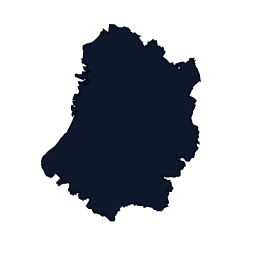 the district of Kota Semarang, Jawa Tengah, Indonesia, rotated 292°
{"feature_id": "22746128B5783483209745", "entity_name": "Kota Semarang", "entity_type": "district", "adm_level": 2, "iso_a3": "IDN", "parent_name": "Indonesia", "parent_adm1": "Jawa Tengah", "projection": "mercator", "projection_center": [110.384, -7.023], "detail": "fine", "context": "isolated", "style": "filled", "palette": "ink", "viewbox_px": 256, "rotation_deg": 292, "n_neighbors": 0, "source": "geoboundaries", "source_scale": "gbopen_adm2", "svg_char_len": 5818}
<svg xmlns="http://www.w3.org/2000/svg" viewBox="0 0 256 256"><g transform="rotate(292 128 128)"><path d="M187.4,55.9L184.5,56.9L182.1,59.0L181.4,58.8L175.5,60.8L174.6,59.5L173.5,60.7L171.6,61.2L171.4,61.8L171.8,62.4L170.4,67.5L169.6,67.0L168.7,67.3L167.9,64.2L167.3,65.0L166.0,65.5L165.4,68.2L164.7,68.0L166.8,69.9L167.0,70.5L166.4,71.6L164.5,69.2L164.1,69.8L163.9,69.6L164.1,68.8L162.9,65.1L160.2,66.1L159.5,64.0L158.7,64.2L158.4,59.7L157.6,59.4L157.0,60.1L156.4,60.1L156.3,67.9L159.2,70.9L158.5,72.0L155.1,70.1L153.7,68.7L153.4,68.7L153.3,69.9L154.5,71.5L155.5,72.2L155.9,71.8L155.7,72.4L157.8,73.5L156.9,75.0L155.2,74.0L154.8,74.6L154.5,74.4L154.9,73.7L154.5,72.5L153.8,72.3L153.7,73.1L153.0,71.4L152.6,72.0L152.6,66.0L152.2,65.0L151.0,65.7L150.9,67.3L148.2,67.5L147.8,67.4L147.5,66.6L145.8,68.0L145.7,68.7L144.0,69.4L144.0,70.0L143.7,70.1L141.2,69.5L140.1,70.2L139.4,66.3L134.0,66.5L135.0,68.8L134.7,69.6L133.7,70.0L132.1,67.2L129.3,69.4L130.5,71.1L127.5,71.8L127.1,71.6L126.5,69.4L127.0,68.8L127.9,68.7L127.3,67.6L123.8,69.0L123.8,70.7L119.8,71.1L118.7,71.9L124.7,74.0L114.3,74.4L100.3,73.5L98.9,72.0L95.9,71.3L92.8,69.9L90.1,69.5L83.4,67.5L76.2,63.1L73.0,62.1L70.4,60.6L68.5,60.2L64.4,60.6L63.6,61.6L62.3,61.6L61.1,62.2L60.6,63.0L59.2,63.4L57.7,65.9L55.1,68.2L53.3,70.7L54.4,71.7L53.5,72.8L53.8,73.0L53.4,74.8L54.8,75.3L54.5,75.9L59.6,77.6L56.4,85.0L50.5,82.6L49.9,84.1L50.4,84.4L50.1,85.2L49.1,85.0L48.8,85.4L51.6,87.3L52.9,89.0L53.5,90.8L54.6,91.9L55.1,93.2L54.7,95.6L53.8,95.8L53.2,95.4L51.9,96.2L49.2,96.4L49.1,96.0L48.2,96.3L47.6,97.2L48.0,98.4L47.7,99.2L46.1,99.0L45.6,100.0L46.9,100.3L47.2,101.5L46.0,101.2L45.5,102.3L46.8,102.6L47.1,104.1L47.9,103.3L49.1,105.0L49.6,104.4L50.1,107.5L49.1,108.1L48.4,107.4L47.1,107.4L45.9,108.7L44.9,109.0L44.6,110.7L45.0,112.1L44.3,113.3L46.4,113.9L46.1,115.2L48.3,116.3L48.7,117.7L47.8,118.8L47.7,119.9L41.1,119.1L40.7,119.6L40.2,119.0L39.2,121.0L39.0,121.9L40.1,125.1L39.7,125.7L38.5,126.0L37.0,128.0L37.8,129.1L37.0,129.2L38.1,130.7L37.5,131.5L37.6,132.1L38.2,132.2L37.8,132.9L38.3,135.0L37.5,135.1L37.7,135.7L37.3,136.0L37.9,136.5L39.1,136.4L39.4,137.3L39.0,137.7L37.6,137.3L37.1,137.6L38.2,138.7L38.2,139.3L37.5,142.3L35.6,146.5L36.9,149.8L39.2,149.4L39.9,148.2L45.0,149.3L46.6,148.7L48.6,150.9L50.2,149.6L52.6,150.9L54.1,150.8L55.4,152.1L55.2,152.7L54.7,152.2L54.0,152.6L53.5,153.7L55.0,154.4L55.1,155.3L56.0,156.5L57.2,156.6L57.6,158.2L58.7,158.4L59.4,160.0L60.4,160.8L59.1,163.1L60.9,163.7L60.3,165.2L60.4,167.0L61.3,167.1L61.0,168.4L61.4,169.7L62.1,170.4L62.3,172.2L61.0,172.2L60.6,172.8L61.9,173.8L63.2,175.6L63.1,176.2L63.6,176.7L63.3,177.5L63.8,180.4L62.7,182.5L62.9,185.5L62.4,186.3L63.7,187.9L63.4,188.4L63.8,189.7L64.7,189.9L65.7,190.8L67.7,190.9L70.2,193.6L70.2,193.2L73.2,192.2L73.3,193.9L73.5,193.2L74.3,193.1L78.5,189.8L82.3,190.3L82.6,189.6L83.8,189.3L84.0,188.2L85.0,187.9L85.3,188.5L85.0,190.5L85.5,191.6L86.1,191.9L87.4,191.5L88.8,192.0L90.1,190.0L93.3,188.2L93.3,187.2L94.9,186.3L93.6,184.3L94.3,182.6L93.2,181.2L93.5,180.5L94.1,180.8L93.9,179.2L95.3,179.3L95.8,178.9L95.9,177.0L97.2,179.6L96.9,181.0L97.6,183.1L99.7,186.8L99.5,187.8L100.3,189.9L101.4,190.3L102.4,193.1L103.7,193.8L104.4,193.3L105.3,193.4L105.5,192.9L106.7,192.3L108.6,192.1L109.5,192.3L110.5,193.7L112.3,194.1L113.0,193.6L113.4,193.8L114.6,195.5L114.1,194.5L114.4,194.0L115.8,194.4L117.4,192.4L117.2,191.0L116.8,190.8L117.1,189.2L116.6,189.0L117.4,187.4L116.9,187.0L117.3,186.0L118.4,185.8L119.5,184.2L119.2,187.1L119.4,186.9L120.1,187.6L120.7,187.4L120.6,188.5L122.0,189.7L121.5,189.6L121.0,192.1L120.2,193.2L120.1,194.1L119.5,194.4L120.3,196.9L122.3,197.3L123.7,197.0L125.6,199.7L126.5,199.2L128.3,199.3L128.9,198.5L129.5,198.8L129.9,198.0L130.2,198.6L131.1,198.5L131.2,199.1L133.1,199.4L134.1,198.8L134.7,199.3L134.3,200.0L135.8,200.1L135.6,199.3L139.2,196.3L140.0,196.2L140.4,196.5L139.9,197.8L140.3,198.4L140.3,199.5L141.3,198.7L140.9,198.0L141.6,197.5L141.6,196.6L142.4,196.8L144.2,195.8L145.7,196.6L148.1,195.1L150.6,195.2L151.3,194.0L153.0,192.6L154.6,192.3L155.1,191.1L155.1,187.2L155.5,186.2L160.8,182.1L165.2,182.1L168.2,181.2L170.0,181.7L172.6,181.7L173.4,181.0L174.1,181.5L174.9,180.3L175.8,180.0L178.6,180.8L180.0,177.8L180.4,171.9L184.2,172.4L186.4,172.2L188.7,172.9L189.1,172.1L191.0,172.4L197.8,175.6L198.6,176.3L198.6,177.1L204.2,173.9L206.3,171.9L206.6,170.9L207.7,170.7L209.1,169.1L209.3,168.3L211.6,165.8L212.5,166.0L213.2,164.6L212.6,163.6L213.3,163.9L214.0,163.2L213.8,164.2L214.9,164.5L214.4,163.8L214.5,162.8L215.7,163.0L216.1,162.4L216.8,162.8L216.8,162.2L216.1,161.7L215.7,159.7L212.7,159.7L211.6,158.5L209.5,157.4L209.1,156.6L209.5,154.7L209.1,153.4L205.7,149.3L204.8,153.2L203.2,154.4L201.7,154.4L201.3,155.1L201.1,154.6L201.5,153.7L201.2,151.9L202.8,151.4L202.8,150.2L204.3,150.5L203.8,151.4L204.2,151.9L204.6,151.9L205.2,151.0L204.7,148.9L202.8,148.0L203.4,146.6L202.5,146.3L203.6,145.7L202.3,145.5L201.4,144.7L202.1,144.2L204.3,144.3L202.9,142.9L205.3,138.0L206.4,134.1L206.3,132.7L211.5,133.7L211.8,133.1L212.6,133.3L212.9,131.5L214.6,131.2L215.0,130.3L215.5,130.3L215.5,130.0L215.0,130.1L214.4,129.3L215.3,126.4L214.5,126.2L215.8,122.8L216.8,123.2L219.1,121.5L218.4,121.2L218.8,120.5L218.4,119.7L219.2,118.3L215.0,115.9L215.2,114.8L214.7,114.6L214.0,115.4L212.9,115.2L211.4,114.7L211.3,114.0L210.8,113.7L209.7,114.0L208.6,113.3L209.8,112.0L211.0,109.6L211.9,109.7L211.9,109.2L212.6,109.0L213.8,106.0L214.6,105.6L214.9,104.4L215.8,103.7L217.1,103.7L217.5,104.2L217.4,101.4L218.5,98.7L217.2,98.0L217.8,93.5L219.1,93.3L220.4,90.9L220.0,86.5L218.4,85.4L217.1,81.3L218.3,76.6L216.9,72.5L209.1,74.6L208.4,74.3L210.1,68.5L207.4,69.4L207.7,68.1L206.4,67.4L205.7,67.2L205.5,67.9L201.3,66.8L195.4,64.2L192.2,61.7L192.2,61.0L190.9,60.5L191.0,59.7L190.0,58.1L188.7,57.3L188.4,57.5L187.4,55.9Z" fill="#0f172a" stroke="#020617" stroke-width="1.5"/></g></svg>